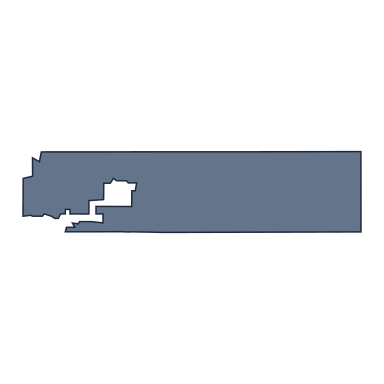 outline of Adams, Colorado, United States of America
{"feature_id": "52423323B9551062095549", "entity_name": "Adams", "entity_type": "district", "adm_level": 2, "iso_a3": "USA", "parent_name": "United States of America", "parent_adm1": "Colorado", "projection": "robinson", "projection_center": [-104.653, 39.87], "detail": "fine", "context": "isolated", "style": "filled", "palette": "slate", "viewbox_px": 384, "rotation_deg": 0, "n_neighbors": 0, "source": "geoboundaries", "source_scale": "gbopen_adm2", "svg_char_len": 983}
<svg xmlns="http://www.w3.org/2000/svg" viewBox="0 0 384 384"><path d="M360.9,151.6L249.4,151.8L164.4,151.8L98.2,151.9L65.1,151.9L56.0,151.9L46.2,151.9L41.3,152.0L39.4,161.7L32.5,157.8L32.6,176.2L23.2,178.4L23.1,195.0L23.2,197.1L23.0,207.3L23.0,216.2L31.0,215.3L32.4,216.2L42.4,216.2L44.2,213.9L51.5,216.2L54.7,218.4L58.3,218.4L60.6,213.9L65.3,213.9L65.4,209.4L70.0,209.4L70.0,213.9L88.9,214.0L88.9,200.6L103.6,199.6L103.8,183.2L105.6,183.2L110.3,183.2L113.4,178.4L116.6,180.7L126.6,180.8L128.2,182.9L136.6,182.9L135.3,190.8L131.8,190.8L131.7,206.5L96.0,206.4L96.0,213.9L103.0,213.9L103.0,222.9L91.2,221.6L79.5,221.6L78.3,223.8L72.4,223.1L74.8,227.3L66.5,227.3L65.3,231.8L84.1,231.8L121.9,231.7L128.1,232.0L132.6,231.8L133.3,231.8L136.2,231.9L155.1,232.2L156.1,232.3L156.8,232.3L159.2,232.3L160.0,232.4L160.5,232.4L161.8,232.4L164.5,232.4L165.6,232.4L166.5,232.4L166.8,232.4L168.8,232.4L169.1,232.4L361.0,231.9L360.9,151.6Z" fill="#64748b" stroke="#1e293b" stroke-width="1.5"/></svg>